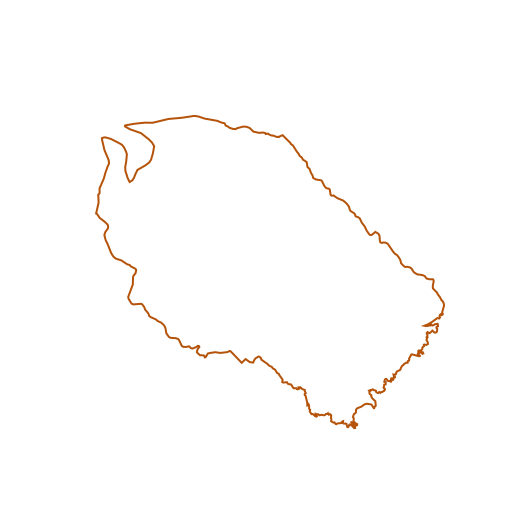 outline of Monchy/La Borne/Sans Souci, Dauphin, Saint Lucia, rotated 33°
{"feature_id": "8701671B92777247023512", "entity_name": "Monchy/La Borne/Sans Souci", "entity_type": "district", "adm_level": 2, "iso_a3": "LCA", "parent_name": "Saint Lucia", "parent_adm1": "Dauphin", "projection": "robinson", "projection_center": [-60.899, 14.045], "detail": "fine", "context": "isolated", "style": "outline", "palette": "amber", "viewbox_px": 512, "rotation_deg": 33, "n_neighbors": 0, "source": "geoboundaries", "source_scale": "gbopen_adm2", "svg_char_len": 6132}
<svg xmlns="http://www.w3.org/2000/svg" viewBox="0 0 512 512"><g transform="rotate(33 256 256)"><path d="M90.4,290.9L90.9,291.3L95.0,297.1L98.8,307.5L100.0,307.4L104.2,309.2L110.6,309.7L114.5,310.5L115.7,311.5L116.8,313.6L116.6,318.0L117.4,321.0L121.2,324.5L124.9,326.7L133.2,332.6L136.6,334.1L139.6,334.6L145.7,333.0L152.5,333.1L154.9,332.4L156.7,332.9L161.1,332.4L162.8,332.7L163.2,333.1L164.4,336.3L164.0,339.0L164.3,340.5L168.2,347.0L171.1,359.9L172.6,361.4L177.5,363.7L179.5,363.4L185.6,358.7L186.8,358.5L190.1,359.7L192.1,361.3L197.0,362.8L199.2,364.5L201.0,364.6L206.7,363.7L208.9,364.1L212.8,363.5L217.0,364.3L219.7,366.2L223.0,369.7L227.0,371.3L228.8,371.2L233.5,368.6L235.9,368.0L237.4,368.5L242.7,371.8L244.5,371.8L246.8,370.4L249.1,368.2L251.7,368.7L253.0,368.3L255.3,365.2L256.2,363.0L257.1,362.6L258.0,363.1L257.8,366.1L258.6,368.5L259.2,369.1L263.1,369.7L265.8,368.1L266.8,367.8L268.3,368.9L268.9,368.2L268.7,364.1L269.9,362.7L274.2,358.9L278.9,356.7L284.3,352.2L285.7,350.0L286.2,349.7L287.8,350.0L302.2,353.4L303.4,348.1L308.4,348.4L311.6,347.0L311.2,343.8L311.4,342.0L312.8,339.0L314.0,338.6L315.9,339.0L316.9,340.0L324.4,340.3L326.4,340.8L329.7,340.4L331.3,341.1L333.8,340.9L337.6,342.7L339.0,342.3L340.5,343.2L345.2,345.0L346.0,345.6L346.2,346.8L346.8,347.5L347.6,347.4L350.7,345.0L352.2,345.8L353.9,345.4L355.0,344.7L357.0,345.2L358.2,346.1L359.9,346.3L361.8,344.9L362.7,345.3L363.7,345.0L363.8,344.4L364.6,343.7L364.5,343.3L363.4,342.9L364.2,342.2L364.8,341.9L367.3,342.4L370.0,341.8L370.4,342.7L372.4,343.9L372.0,345.2L372.5,346.0L373.9,346.4L378.5,350.8L380.4,351.6L379.5,352.1L380.5,353.5L381.3,352.7L382.2,352.9L383.9,355.3L385.2,355.5L385.6,357.0L388.6,358.4L389.7,357.6L393.1,358.1L394.2,357.8L394.3,357.1L392.2,356.7L391.8,355.9L393.4,355.6L394.4,354.8L396.0,355.0L397.4,353.5L399.8,352.6L400.6,351.4L400.8,350.3L401.9,349.7L402.0,348.8L402.5,349.2L403.2,349.0L403.7,349.3L404.1,348.3L405.8,348.6L407.2,351.2L408.3,352.0L408.9,353.6L411.6,353.6L412.4,352.8L414.3,353.5L415.0,353.3L415.3,352.3L418.5,349.6L418.5,347.8L419.0,347.1L419.6,348.5L420.0,348.8L421.1,348.7L422.4,347.7L423.3,347.5L425.8,349.7L426.3,349.5L426.6,348.8L426.2,346.9L426.3,346.3L428.5,346.0L432.1,346.9L432.8,346.3L432.0,345.2L430.7,344.5L428.2,344.4L426.6,343.9L426.5,343.4L427.2,343.1L431.6,343.0L432.5,343.4L432.9,342.9L432.5,341.9L430.6,342.1L427.8,341.5L426.4,338.9L425.0,338.2L424.2,335.4L425.0,333.4L424.7,332.0L423.7,330.8L423.7,328.8L426.5,324.8L427.7,321.6L429.2,319.7L433.3,317.8L434.1,317.8L437.7,319.5L438.0,319.3L437.4,318.0L437.9,317.3L438.0,316.4L435.2,312.8L430.9,312.0L429.0,310.9L428.6,310.0L426.4,309.7L425.5,308.9L425.1,307.8L424.1,307.4L425.0,306.1L425.5,306.5L426.6,304.2L428.2,304.3L429.7,303.6L431.1,304.7L433.1,304.5L433.4,303.0L434.8,303.1L435.1,301.9L436.0,301.3L436.8,298.9L437.0,298.9L437.0,297.9L436.3,297.1L435.2,297.2L434.6,296.8L434.2,295.2L433.6,294.1L434.6,293.0L433.5,291.1L432.1,291.6L431.4,289.5L431.7,288.5L432.3,288.1L434.5,288.9L436.5,288.1L436.6,287.4L437.0,287.9L437.6,288.0L437.6,286.8L436.2,285.7L436.1,284.9L436.5,284.7L437.9,285.4L438.5,285.1L438.3,284.4L437.4,284.0L438.6,282.0L438.1,281.4L437.0,281.7L436.0,280.6L436.8,280.5L436.9,279.7L437.6,279.1L437.7,278.5L437.0,277.1L437.2,276.0L439.0,272.8L438.5,271.1L438.4,268.3L439.0,267.2L438.9,266.4L440.0,263.7L441.3,263.0L440.6,261.4L441.3,260.5L441.0,259.5L440.3,258.8L439.9,254.1L440.4,253.5L447.2,251.4L447.9,250.6L447.7,250.3L445.2,250.5L444.8,248.7L445.8,248.5L446.2,247.4L447.9,247.0L448.8,247.4L449.4,246.6L448.4,245.9L445.3,246.7L444.5,247.4L443.9,247.3L444.1,246.4L445.3,246.1L446.2,243.9L445.4,241.9L446.0,240.1L445.1,239.1L445.2,238.7L447.4,237.7L448.1,236.3L447.2,234.9L444.7,233.6L444.2,230.9L443.3,231.1L443.2,229.5L442.6,228.6L441.5,228.2L441.1,227.5L441.4,226.3L443.2,226.4L443.9,225.6L444.6,222.5L447.3,223.0L448.3,222.5L448.9,221.5L448.7,220.5L447.8,218.5L446.4,218.0L446.1,217.2L446.9,215.7L445.5,214.1L445.2,214.0L443.1,216.0L442.6,217.3L441.7,218.3L440.5,218.0L440.0,218.5L439.9,219.5L438.9,219.5L438.4,220.9L436.7,222.2L435.2,222.8L437.3,219.9L439.4,215.8L441.9,209.3L443.7,208.6L443.8,207.4L442.7,206.6L442.4,204.9L442.7,204.2L443.8,204.6L444.2,204.0L444.3,202.9L442.8,201.9L440.7,195.0L438.5,192.9L436.7,192.1L435.7,192.1L432.9,190.4L429.0,189.0L428.0,188.2L422.0,186.8L420.6,184.9L418.7,180.3L417.6,179.2L416.9,179.2L414.3,181.0L411.3,182.0L408.6,181.0L407.4,181.1L405.6,181.5L401.4,183.5L398.2,183.7L396.6,183.4L393.5,181.9L391.6,181.7L388.8,182.6L387.2,183.9L385.6,184.0L381.7,183.1L378.9,180.5L375.8,179.1L373.5,178.4L371.5,178.5L368.7,177.7L359.8,174.0L357.7,174.2L355.8,175.0L354.4,176.5L352.8,176.8L351.3,175.4L348.5,171.7L346.6,170.7L343.0,170.8L341.6,175.2L341.1,175.8L339.7,176.3L335.3,174.6L331.0,172.0L326.7,170.5L322.6,168.0L320.6,167.8L318.0,168.5L316.1,167.0L314.6,166.7L310.8,166.8L309.3,166.0L307.1,164.0L303.3,162.6L299.0,162.0L292.7,163.2L288.0,163.0L286.9,164.1L285.8,164.2L284.9,163.7L281.7,160.1L280.7,159.8L278.2,160.8L276.9,160.6L275.0,159.9L270.2,157.1L269.3,157.1L264.5,159.2L261.5,159.4L259.6,157.7L256.9,156.4L253.3,153.7L250.8,153.4L247.3,149.6L242.9,149.6L240.6,148.4L238.1,148.3L236.2,147.1L233.3,146.2L226.9,143.2L224.4,143.1L223.0,142.4L212.5,140.2L210.9,142.5L210.4,143.9L209.5,144.0L208.8,144.8L204.6,145.7L203.9,146.3L201.6,146.9L199.2,146.9L197.7,148.4L197.0,147.9L195.2,148.3L191.4,151.1L186.1,153.1L180.9,152.1L177.6,152.8L174.8,154.4L170.4,159.3L169.9,160.6L167.7,161.9L163.9,162.9L161.8,162.7L160.1,163.1L159.4,163.0L157.4,161.8L154.3,162.9L149.7,163.8L138.2,168.7L132.0,170.3L129.1,171.5L127.5,172.5L118.6,180.4L108.0,188.7L96.8,200.5L89.9,204.9L82.0,211.3L75.9,217.0L75.1,218.0L75.7,218.7L81.0,218.4L92.6,215.6L102.5,216.5L107.0,217.5L110.8,219.4L113.6,226.0L115.5,232.3L115.5,235.8L113.9,240.2L109.7,248.4L110.3,253.2L111.1,257.0L111.1,259.8L109.7,262.8L105.6,260.3L100.2,255.8L98.0,252.9L95.6,247.3L92.3,241.0L90.1,239.2L86.2,236.8L83.4,235.8L80.7,235.8L70.7,236.8L65.5,238.4L64.1,239.2L62.6,241.0L63.7,242.5L71.2,249.7L80.2,255.8L82.4,258.5L82.9,262.2L84.6,269.0L86.2,274.0L88.0,284.6L90.6,288.4L90.4,290.9Z" fill="none" stroke="#b45309" stroke-width="2"/></g></svg>